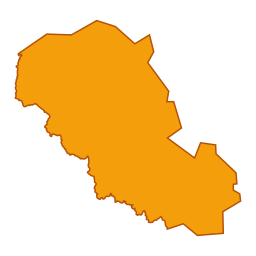 outline of Yei, Central Equatoria, South Sudan
{"feature_id": "79223893B15931514297219", "entity_name": "Yei", "entity_type": "district", "adm_level": 2, "iso_a3": "SSD", "parent_name": "South Sudan", "parent_adm1": "Central Equatoria", "projection": "natural_earth1", "projection_center": [30.16, 4.243], "detail": "fine", "context": "isolated", "style": "filled", "palette": "amber", "viewbox_px": 256, "rotation_deg": 0, "n_neighbors": 0, "source": "geoboundaries", "source_scale": "gbopen_adm2", "svg_char_len": 4299}
<svg xmlns="http://www.w3.org/2000/svg" viewBox="0 0 256 256"><path d="M240.6,201.0L239.7,193.8L233.3,190.1L233.3,184.3L236.9,183.8L236.0,172.8L216.0,153.8L215.6,144.9L200.6,142.8L194.6,158.0L167.4,138.0L181.5,128.0L173.7,101.7L166.9,101.7L168.7,91.2L147.8,62.7L153.7,51.7L149.5,34.9L134.8,43.8L115.4,26.6L96.7,20.6L71.4,34.9L46.8,34.1L17.9,54.0L18.1,53.9L18.7,55.5L21.2,54.3L21.8,55.3L19.9,57.2L19.9,59.1L19.2,59.1L18.7,60.8L18.5,61.7L17.9,63.1L18.3,64.5L18.0,65.5L16.4,66.1L16.4,67.1L17.6,67.8L17.8,69.1L17.4,70.8L17.4,72.3L17.4,72.9L17.4,73.6L17.6,74.6L17.8,75.3L17.2,76.0L17.1,76.4L17.0,77.0L17.2,77.5L17.2,78.5L16.4,79.4L16.2,80.4L16.3,81.2L16.2,81.8L15.6,82.9L15.6,83.9L16.0,84.5L16.0,85.3L16.0,86.5L15.8,86.9L15.4,87.7L15.7,88.9L16.0,89.7L16.4,90.4L16.5,91.4L16.4,92.3L15.8,92.7L15.7,93.9L15.9,94.4L16.0,95.5L16.0,96.7L15.4,97.5L15.4,98.2L16.4,98.5L17.7,99.0L18.7,99.3L19.0,100.5L20.0,100.5L20.8,100.6L21.6,100.8L22.0,101.6L22.2,102.5L22.6,103.4L23.0,104.7L23.3,105.8L24.3,106.6L25.5,106.5L27.1,105.7L27.9,105.4L29.3,105.0L30.0,105.4L31.1,104.7L32.0,104.8L32.5,105.0L33.9,104.2L34.6,103.8L35.4,104.0L35.9,103.7L36.3,104.3L37.1,104.7L38.3,106.1L39.7,107.1L40.6,108.0L41.9,109.0L43.1,109.7L44.4,110.7L44.1,111.5L44.5,112.2L45.6,112.2L46.4,112.5L47.0,113.4L48.1,114.1L48.8,114.4L49.3,115.4L49.7,115.9L49.9,116.8L49.2,118.1L48.5,118.5L48.1,119.4L48.1,120.1L47.5,120.9L46.9,121.6L46.9,122.3L47.1,123.3L47.1,124.0L46.4,124.8L45.7,125.2L45.3,125.5L44.9,126.6L44.9,127.5L45.5,127.7L46.6,128.5L46.4,129.4L46.5,130.1L47.1,130.9L47.2,131.8L48.0,132.2L48.9,132.4L49.5,133.0L50.1,134.4L50.0,135.4L50.9,136.4L51.6,136.4L51.9,135.4L52.1,134.3L53.3,134.1L54.0,134.3L54.8,134.6L55.6,134.9L56.8,135.3L57.3,135.7L58.2,135.4L59.0,135.1L60.1,135.1L60.4,135.4L61.1,136.8L61.1,137.8L61.1,138.8L61.3,139.5L62.0,139.8L61.7,140.8L61.2,141.4L61.1,142.1L61.2,142.6L61.6,143.8L62.2,144.2L62.2,145.5L63.1,146.7L63.8,147.1L64.4,148.6L64.9,149.2L65.8,149.4L65.8,150.3L66.4,151.4L67.0,152.4L67.3,153.2L68.4,153.6L69.1,153.5L69.4,154.1L69.7,154.9L70.8,155.0L71.5,154.2L72.8,154.3L73.6,154.6L74.8,154.9L75.0,155.7L75.7,155.8L76.3,155.8L77.0,156.2L78.5,157.2L79.8,157.8L80.1,158.6L80.9,158.9L81.7,158.5L82.7,158.8L83.7,159.0L85.0,158.8L86.1,158.1L86.8,157.3L87.3,156.2L88.1,156.4L88.3,157.1L88.5,158.3L88.7,159.0L88.7,160.0L88.9,161.1L88.9,162.6L88.3,164.3L88.3,165.3L88.4,166.7L89.0,167.6L89.8,168.4L89.7,169.0L89.7,170.3L88.9,171.0L88.2,171.5L87.5,172.2L88.1,173.2L89.0,174.0L89.9,174.6L90.7,175.4L91.9,175.8L92.9,176.1L94.0,176.5L94.0,177.8L94.5,178.5L94.4,179.3L94.4,180.0L94.6,181.0L94.7,182.2L95.3,182.7L96.2,183.6L96.1,184.6L95.5,185.3L94.8,186.1L94.8,187.2L94.2,187.9L94.5,188.6L95.1,189.6L95.3,191.0L94.6,191.6L94.8,191.5L95.4,192.4L96.1,192.7L96.8,193.4L97.6,194.1L96.8,194.7L96.8,195.7L96.8,196.5L97.0,197.5L97.8,198.4L98.6,198.8L99.4,199.2L100.3,199.2L100.8,198.3L101.6,197.6L102.4,197.8L102.7,198.8L103.8,199.0L104.7,198.3L105.2,197.7L106.0,196.5L106.5,196.2L107.7,196.4L109.1,196.4L110.1,195.6L110.1,194.5L110.6,193.5L111.5,194.1L111.7,195.2L111.9,195.9L112.9,196.1L113.5,196.1L114.1,197.1L114.8,197.7L115.1,198.9L114.9,200.1L115.3,201.5L115.3,202.2L116.5,201.9L117.1,201.0L118.1,201.3L118.9,201.3L120.2,202.3L121.1,202.9L122.0,203.0L123.1,202.4L123.5,201.5L123.7,200.9L124.4,201.2L124.5,201.9L125.7,201.7L125.7,202.6L125.4,203.1L126.1,203.6L127.0,204.5L127.8,204.4L128.9,204.4L129.7,204.6L130.1,205.1L131.1,204.9L132.0,205.0L132.7,205.0L132.4,205.7L131.8,206.1L131.5,206.8L131.8,207.7L132.5,208.4L133.5,209.0L134.3,208.4L134.8,208.4L135.0,209.2L134.8,210.1L135.4,211.1L136.1,211.6L136.4,212.8L136.2,213.8L136.3,214.5L137.7,215.2L138.7,214.4L139.3,214.4L140.2,214.9L140.8,215.0L141.8,214.3L142.3,213.2L142.8,212.2L143.1,211.4L144.0,210.9L144.8,211.1L145.0,212.7L145.6,213.4L145.6,214.2L145.2,215.0L145.8,215.9L146.5,216.0L147.0,217.0L146.4,218.1L146.4,219.2L147.2,219.7L148.2,219.7L148.6,220.4L148.6,221.3L148.6,222.2L149.5,222.4L150.6,222.6L151.3,222.3L152.6,222.3L153.5,221.0L155.2,220.1L156.5,220.2L157.1,219.3L158.5,218.6L159.9,217.5L160.7,216.6L161.9,217.7L162.3,219.8L163.2,220.1L163.9,220.2L164.4,220.6L164.9,221.4L165.3,222.8L165.4,223.9L165.5,225.2L166.3,226.4L167.2,227.5L167.3,229.1L183.3,223.8L197.4,235.4L223.3,233.3L222.8,211.7L240.6,201.0Z" fill="#f59e0b" stroke="#b45309" stroke-width="1.5"/></svg>